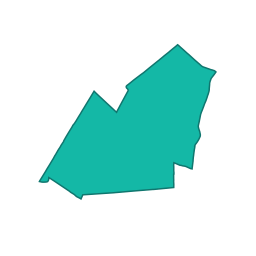 Ciocarlia, Ialomita, Romania (Natural Earth projection), rotated 76°
{"feature_id": "2599482B90086156609266", "entity_name": "Ciocarlia", "entity_type": "district", "adm_level": 2, "iso_a3": "ROU", "parent_name": "Romania", "parent_adm1": "Ialomita", "projection": "natural_earth1", "projection_center": [26.657, 44.793], "detail": "fine", "context": "isolated", "style": "filled", "palette": "teal", "viewbox_px": 256, "rotation_deg": 76, "n_neighbors": 0, "source": "geoboundaries", "source_scale": "gbopen_adm2", "svg_char_len": 3110}
<svg xmlns="http://www.w3.org/2000/svg" viewBox="0 0 256 256"><g transform="rotate(76 128 128)"><path d="M187.4,157.3L187.4,157.2L190.5,137.7L193.7,118.3L193.8,118.1L196.8,98.0L195.3,97.6L193.8,97.2L193.3,97.1L192.8,97.0L192.2,96.9L190.3,96.5L189.9,96.3L188.0,95.9L183.9,94.9L183.9,94.6L183.6,94.5L182.9,94.4L182.3,94.2L180.8,94.0L176.4,92.9L175.9,92.9L174.3,92.4L172.8,91.9L173.7,90.6L176.8,86.5L177.0,85.6L177.5,84.9L177.9,84.2L178.3,83.3L178.6,82.5L179.3,81.2L182.6,77.0L183.2,75.7L182.0,75.3L181.3,75.0L179.7,74.4L175.6,72.8L175.1,72.7L174.5,72.5L172.2,71.7L171.0,71.2L170.5,71.0L168.6,70.3L165.1,68.9L163.6,68.2L162.2,67.6L162.0,67.8L161.5,67.6L161.2,67.4L160.6,66.8L160.0,66.3L159.4,65.5L158.2,64.1L156.0,61.9L153.7,60.1L153.2,59.8L152.6,59.6L151.8,59.4L148.7,59.3L147.5,59.4L146.6,59.5L146.0,59.5L145.3,59.6L144.5,59.5L143.7,59.5L143.0,59.3L142.3,59.0L140.9,58.3L139.7,57.7L139.0,57.3L137.8,56.8L135.3,55.6L134.4,55.2L132.3,54.2L130.3,52.9L128.4,51.5L124.8,49.0L123.1,47.9L120.4,45.8L117.0,43.6L115.6,42.8L115.0,42.3L113.3,41.3L111.7,40.4L110.4,39.9L109.3,39.6L105.6,38.3L104.8,38.1L104.5,38.0L103.0,37.3L101.2,36.1L100.4,35.6L100.1,35.4L98.7,33.7L97.8,32.5L96.3,30.7L95.5,29.8L94.9,29.1L94.6,29.2L94.2,29.6L93.6,30.0L93.2,30.4L93.0,30.8L92.6,31.4L91.9,32.5L91.7,33.0L91.1,34.0L90.5,34.8L89.5,36.4L88.6,37.7L87.7,39.1L86.7,40.6L86.1,41.2L85.7,41.6L85.1,42.0L83.0,43.4L81.9,44.2L80.7,45.0L80.2,45.4L79.7,45.7L79.6,45.8L79.1,46.2L71.4,51.3L69.5,52.7L66.5,54.7L63.7,56.6L62.7,57.3L61.5,58.1L60.7,58.6L59.9,59.2L59.3,59.6L59.2,59.7L59.3,59.9L59.9,61.0L61.0,63.3L63.2,68.0L64.4,70.3L66.8,75.6L67.9,77.8L70.0,82.3L75.1,93.3L77.8,98.9L78.0,99.3L79.4,102.8L83.0,111.2L83.7,112.6L84.1,113.5L84.6,114.5L84.9,115.2L85.3,116.1L85.6,116.7L86.0,117.6L86.4,118.6L86.6,118.9L86.7,119.0L86.8,119.2L87.0,119.5L87.3,119.7L87.8,119.8L88.1,119.8L88.5,119.8L88.7,119.7L89.2,119.5L89.7,119.1L90.0,119.0L90.3,118.9L90.7,118.7L91.1,118.7L91.4,118.7L91.6,118.8L92.0,119.0L104.8,130.7L106.6,132.3L109.2,134.7L110.0,135.3L107.6,136.9L106.6,137.5L98.4,142.9L92.8,146.5L89.6,148.6L85.8,151.0L84.1,152.0L84.9,152.8L85.6,153.5L86.1,154.0L89.1,157.0L94.4,162.4L97.8,165.8L101.0,169.1L102.6,170.6L104.4,172.5L105.5,173.6L106.4,174.5L107.2,175.3L108.1,176.2L108.9,177.0L109.6,177.8L110.4,178.6L111.1,179.5L111.5,180.1L112.0,180.7L112.1,180.9L112.5,181.2L113.6,182.2L117.8,186.5L119.4,188.1L122.2,190.9L123.0,191.6L123.9,192.5L124.2,192.8L125.0,193.5L125.3,193.6L126.0,194.2L126.9,195.3L127.5,195.9L128.1,196.6L128.8,197.3L129.7,198.1L130.9,199.3L131.4,199.9L132.0,200.6L132.5,201.0L132.9,201.5L134.0,202.5L135.0,203.5L136.1,204.5L137.3,205.8L138.3,206.7L139.3,207.6L141.1,209.4L144.5,212.8L148.5,216.9L150.2,218.5L158.0,226.5L158.5,226.9L158.7,226.5L159.6,224.7L160.0,223.5L160.6,220.6L160.6,219.3L160.6,219.0L160.0,218.3L159.4,217.8L158.5,217.3L157.5,217.0L157.1,216.9L156.9,216.8L161.5,212.5L168.9,205.8L175.2,200.1L176.6,199.1L177.3,198.4L178.9,196.8L179.7,196.1L181.1,195.2L182.1,194.5L183.9,192.4L184.6,191.6L185.5,190.8L181.9,188.0L186.6,161.7L187.2,158.4L187.4,157.3Z" fill="#14b8a6" stroke="#0f766e" stroke-width="1.5"/></g></svg>